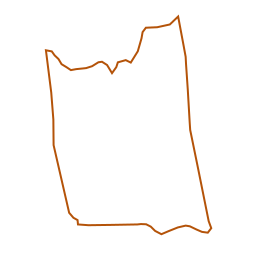 São Benedito do Sul, Pernambuco, Brazil (Natural Earth projection), rotated 177°
{"feature_id": "56859067B38908214593932", "entity_name": "São Benedito do Sul", "entity_type": "district", "adm_level": 2, "iso_a3": "BRA", "parent_name": "Brazil", "parent_adm1": "Pernambuco", "projection": "natural_earth1", "projection_center": [-35.906, -8.816], "detail": "fine", "context": "isolated", "style": "outline", "palette": "amber", "viewbox_px": 256, "rotation_deg": 177, "n_neighbors": 0, "source": "geoboundaries", "source_scale": "gbopen_adm2", "svg_char_len": 831}
<svg xmlns="http://www.w3.org/2000/svg" viewBox="0 0 256 256"><g transform="rotate(177 128 128)"><path d="M183.0,34.3L172.6,33.0L149.5,32.1L123.7,31.2L120.1,31.4L114.9,30.9L110.4,28.3L106.3,23.8L100.2,20.2L92.8,22.9L83.4,26.1L75.5,27.5L71.4,26.6L65.0,23.1L59.6,20.4L53.8,19.3L50.1,23.6L52.3,30.7L60.2,84.3L66.0,122.8L66.1,130.0L66.3,163.3L66.7,188.9L66.7,196.1L68.1,206.9L72.1,236.7L80.8,229.2L89.9,227.7L93.6,227.1L104.9,227.2L108.4,223.0L109.8,216.9L114.2,204.1L121.8,193.2L126.7,195.9L134.7,194.1L136.5,189.4L141.1,183.6L145.6,192.0L150.5,195.5L154.1,195.2L160.6,191.6L166.7,190.0L170.4,189.8L176.7,189.5L182.0,188.8L186.3,192.0L191.0,195.2L193.8,200.5L197.5,204.4L200.1,208.5L205.9,209.9L202.8,167.4L202.1,140.3L203.2,114.8L191.2,46.4L187.2,41.2L183.2,38.7L183.0,34.3Z" fill="none" stroke="#b45309" stroke-width="2"/></g></svg>